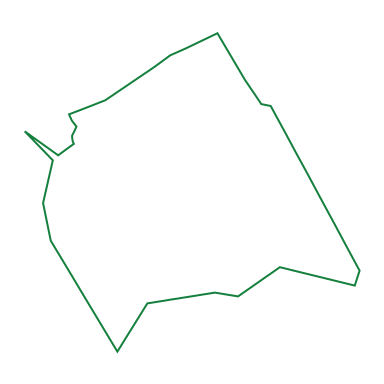 the district of San Antonio Acutla, Oaxaca, Mexico, rotated 89°
{"feature_id": "50627088B20203637446703", "entity_name": "San Antonio Acutla", "entity_type": "district", "adm_level": 2, "iso_a3": "MEX", "parent_name": "Mexico", "parent_adm1": "Oaxaca", "projection": "mercator", "projection_center": [-97.495, 17.744], "detail": "fine", "context": "isolated", "style": "outline", "palette": "green", "viewbox_px": 384, "rotation_deg": 89, "n_neighbors": 0, "source": "geoboundaries", "source_scale": "gbopen_adm2", "svg_char_len": 1024}
<svg xmlns="http://www.w3.org/2000/svg" viewBox="0 0 384 384"><g transform="rotate(89 192 192)"><path d="M288.4,30.9L273.6,25.8L244.8,40.7L240.4,42.9L233.5,46.5L232.3,47.1L230.1,48.2L202.9,62.3L197.9,64.9L191.2,68.3L185.2,71.4L180.7,73.7L170.1,79.2L155.6,86.8L152.1,88.6L147.9,90.8L146.6,91.4L138.6,95.6L137.7,96.0L107.4,111.8L105.3,121.2L94.6,128.1L93.2,129.0L81.0,137.0L33.7,163.8L48.5,196.1L54.9,211.3L66.3,227.4L98.8,277.2L104.1,291.4L112.2,313.6L118.5,310.9L124.6,306.4L128.7,308.3L133.5,310.9L136.4,310.8L139.7,310.3L141.8,309.3L146.2,315.6L153.0,325.2L150.0,329.2L142.1,339.8L133.9,350.9L128.4,358.2L157.9,330.6L200.5,341.1L238.1,334.1L238.5,333.9L238.9,333.7L268.6,316.5L271.5,314.9L274.1,313.3L275.4,312.6L277.9,311.2L279.9,310.0L281.0,309.4L282.2,308.7L287.1,305.9L290.2,304.1L293.9,302.0L350.3,269.4L302.6,238.6L300.0,220.3L299.4,216.5L298.8,212.0L298.1,206.9L293.0,170.9L297.2,147.8L284.9,129.5L277.6,118.7L274.5,114.0L268.7,105.5L273.2,88.5L288.4,30.9Z" fill="none" stroke="#15803d" stroke-width="2"/></g></svg>